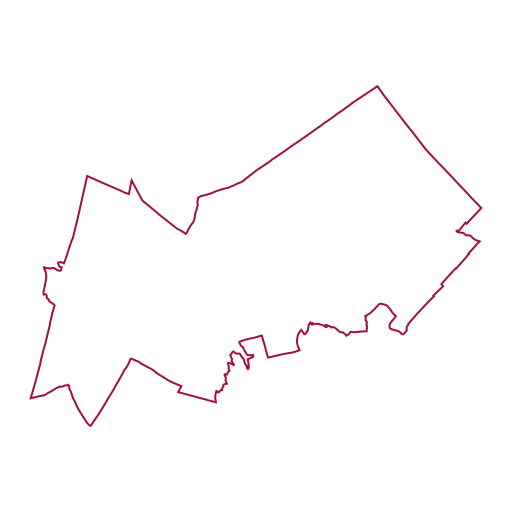 Tupilati, Iasi, Romania (Albers equal-area conic projection)
{"feature_id": "2599482B71903072457924", "entity_name": "Tupilati", "entity_type": "district", "adm_level": 2, "iso_a3": "ROU", "parent_name": "Romania", "parent_adm1": "Iasi", "projection": "albers", "projection_center": [26.646, 47.081], "detail": "fine", "context": "isolated", "style": "outline", "palette": "rose", "viewbox_px": 512, "rotation_deg": 0, "n_neighbors": 0, "source": "geoboundaries", "source_scale": "gbopen_adm2", "svg_char_len": 5987}
<svg xmlns="http://www.w3.org/2000/svg" viewBox="0 0 512 512"><path d="M178.2,392.1L215.9,402.3L215.7,401.0L215.4,399.3L215.3,397.7L215.3,395.8L215.5,394.6L216.4,391.1L217.4,391.7L217.7,392.2L218.2,392.2L218.5,392.4L220.3,390.6L221.0,390.2L222.2,390.1L222.2,388.1L222.5,387.5L223.1,387.0L223.4,386.6L223.3,385.0L223.6,384.6L224.3,384.3L225.4,383.9L226.9,383.7L226.8,383.4L226.2,382.3L225.6,380.4L225.7,379.2L225.8,377.5L224.9,375.6L224.6,375.2L224.5,374.8L224.7,374.5L225.2,374.3L225.7,374.3L226.7,374.6L227.2,374.4L227.3,374.1L227.6,372.8L227.8,372.3L228.5,371.5L229.3,371.0L228.8,369.1L228.6,366.4L228.5,365.7L228.0,363.5L228.1,363.1L228.3,362.9L229.6,362.9L230.5,363.3L233.6,365.0L233.8,365.1L233.9,364.9L233.7,364.4L232.3,362.0L231.7,360.9L231.7,360.4L231.7,360.0L232.1,359.3L231.3,357.6L230.2,355.0L231.4,353.8L232.0,352.9L232.5,352.0L232.9,351.6L233.5,351.6L234.0,351.8L234.5,352.4L235.4,353.1L236.1,353.5L236.8,353.7L238.5,353.5L239.1,353.6L239.7,353.7L240.0,354.0L242.1,357.3L243.3,358.7L243.9,359.5L244.6,362.4L245.0,363.5L246.7,366.1L246.9,366.7L246.9,367.7L247.1,368.1L247.8,368.8L248.0,369.0L248.3,368.8L248.8,367.4L248.8,366.9L248.6,365.2L248.4,362.0L247.7,359.9L247.8,359.3L249.0,358.7L252.5,357.2L253.3,356.7L253.2,355.0L251.4,355.5L250.1,355.1L248.0,355.1L247.3,354.8L246.7,354.2L244.4,350.2L242.8,347.2L241.5,346.1L240.6,345.1L239.6,343.1L239.4,341.8L245.3,339.7L251.7,338.2L253.7,337.9L261.8,335.5L265.5,348.3L266.5,352.5L268.0,357.6L277.7,355.4L281.9,354.4L285.9,353.6L290.1,352.9L292.8,352.4L295.6,351.6L299.6,350.2L297.8,346.0L296.9,341.8L297.0,339.5L297.3,338.5L297.5,336.9L298.3,334.1L299.0,332.8L299.7,331.7L300.3,331.1L301.3,329.9L303.4,332.8L303.8,333.8L304.8,334.3L305.9,333.4L306.8,331.7L307.5,331.2L307.5,330.7L308.0,329.8L308.4,327.4L308.7,324.8L309.5,323.9L310.2,322.6L310.5,322.4L311.2,323.0L311.5,323.4L311.4,323.9L311.5,324.4L312.1,324.7L312.4,324.3L312.7,323.2L313.6,323.7L314.2,323.9L317.1,323.8L319.3,324.1L320.4,324.6L321.8,324.8L323.8,325.6L325.5,326.9L326.3,327.2L326.7,327.0L327.0,326.5L326.5,325.9L325.7,325.7L325.2,325.3L325.6,325.0L326.0,324.9L329.6,326.2L331.7,327.5L332.3,327.1L332.9,327.0L335.0,327.9L336.8,329.2L339.2,331.6L341.2,332.3L342.8,332.4L344.4,333.5L346.5,335.7L347.7,334.9L349.2,333.6L350.5,331.8L353.6,332.2L356.1,332.1L361.2,331.5L366.6,331.3L366.9,328.1L366.9,325.8L366.4,325.1L366.4,324.7L366.6,324.0L366.9,322.6L366.9,322.0L365.9,320.7L365.7,320.3L365.6,319.0L365.7,317.5L365.9,317.0L365.3,316.1L365.9,315.7L367.1,315.2L369.7,313.5L371.1,312.3L374.7,308.9L378.8,304.5L379.8,303.9L380.3,303.7L381.0,303.7L385.0,304.7L386.4,305.3L387.3,306.0L389.1,307.9L391.4,311.0L392.0,312.2L394.7,315.1L395.6,315.9L396.0,316.2L391.0,322.2L390.3,323.4L390.0,323.7L389.5,325.3L389.5,326.7L389.8,327.8L390.3,328.5L391.1,329.0L392.1,329.4L393.4,329.8L395.5,330.3L399.1,331.5L401.2,333.3L401.8,334.1L402.8,334.3L403.4,334.2L406.4,331.0L406.8,330.5L406.6,328.7L406.8,326.6L408.1,325.0L408.5,324.1L408.3,323.7L410.7,321.1L418.2,312.6L429.5,300.6L434.0,296.3L433.4,295.6L443.1,286.2L441.4,284.1L449.1,275.4L455.8,268.3L456.2,268.5L468.9,254.1L468.4,253.6L474.3,247.1L476.7,244.3L477.4,243.4L477.7,243.3L479.7,241.4L476.1,240.2L473.7,238.9L470.9,236.1L469.9,235.6L468.5,235.2L466.8,235.4L466.0,235.2L465.2,234.6L464.8,234.2L463.6,233.2L462.8,232.9L458.0,232.3L456.6,231.2L456.6,230.7L457.5,230.7L457.7,231.0L458.1,231.2L458.6,231.1L465.5,222.6L466.6,223.7L481.3,208.0L470.3,196.7L470.2,196.4L466.2,192.1L461.0,186.7L444.4,169.0L438.2,162.7L429.2,153.1L425.5,149.0L412.5,132.1L406.4,124.5L383.9,95.4L380.8,91.0L377.5,86.2L354.0,101.8L340.9,111.5L339.1,112.5L337.6,113.6L331.3,118.4L325.4,122.3L323.5,123.8L322.3,124.5L320.1,126.4L318.7,127.1L312.4,131.7L297.7,142.0L294.1,144.4L291.8,145.9L288.9,148.0L281.6,153.1L274.4,158.1L272.6,159.1L270.9,160.6L268.7,162.2L262.6,166.3L256.2,170.6L246.2,178.4L244.9,179.4L243.7,180.6L243.0,180.9L242.7,181.4L235.7,184.4L234.2,185.2L232.7,185.9L232.1,186.1L229.4,187.2L228.9,187.6L222.5,189.1L216.1,191.2L211.4,193.2L207.0,194.6L201.4,195.9L200.5,196.2L199.5,197.0L198.4,197.6L197.9,198.0L197.9,199.0L197.4,201.7L197.7,205.6L197.4,206.3L196.2,210.9L195.7,212.0L195.1,214.6L194.6,218.2L193.8,220.9L192.5,223.2L190.3,225.9L186.2,233.8L185.5,233.7L185.4,233.5L180.3,230.3L177.2,228.7L175.1,227.1L159.2,214.6L157.4,213.0L151.1,207.7L143.5,201.5L142.4,200.5L141.9,199.7L139.6,195.3L136.9,190.3L131.6,180.3L128.9,194.0L125.2,192.8L119.4,190.1L101.5,182.4L87.2,176.0L78.9,213.0L72.9,238.1L71.7,240.5L67.9,251.7L66.9,255.1L64.9,261.0L63.9,263.3L63.2,262.8L62.6,262.7L61.7,262.6L61.0,262.0L58.3,262.5L58.1,263.4L58.8,265.3L59.6,266.8L61.7,267.2L61.7,267.5L61.4,268.8L61.0,269.8L60.5,270.5L60.0,270.9L58.5,270.3L57.7,270.4L57.2,270.2L54.6,268.4L53.8,268.0L53.1,267.9L51.8,268.0L51.1,268.4L50.4,268.6L48.6,268.2L47.1,268.3L46.0,268.1L45.2,267.9L44.6,267.3L44.2,267.1L43.9,267.4L44.3,268.9L45.5,271.3L45.8,272.4L45.9,273.7L46.0,274.7L46.3,275.5L46.3,277.2L46.1,278.6L46.0,280.0L45.8,281.0L45.2,283.5L44.8,286.1L43.5,291.9L43.4,293.6L43.7,294.6L44.0,294.5L44.3,294.2L45.5,294.3L46.2,294.7L46.7,295.5L46.7,295.8L46.6,296.7L47.1,298.4L47.4,298.6L48.3,298.9L48.5,299.1L48.8,300.5L49.4,301.2L53.2,304.0L54.2,304.6L54.6,305.4L52.5,312.4L50.1,322.7L49.8,325.2L46.3,339.4L45.7,342.4L43.0,351.6L41.9,356.6L41.3,358.4L40.4,362.2L40.6,362.6L40.3,363.8L38.1,371.8L35.8,380.6L30.7,398.3L37.6,396.6L42.0,395.7L44.4,395.1L46.0,394.4L47.4,393.3L50.7,391.6L56.6,388.0L57.7,387.5L58.7,387.2L59.3,387.2L59.8,386.5L61.4,386.7L62.0,386.7L64.3,385.6L67.7,385.2L68.3,384.8L69.2,386.7L69.3,388.1L71.4,393.2L72.8,397.5L73.3,398.7L74.7,401.2L76.1,404.5L78.7,409.7L82.4,415.7L87.0,422.8L89.3,425.3L90.0,425.7L90.7,425.8L99.5,412.8L102.6,407.9L108.8,397.3L112.2,391.9L123.2,372.5L124.8,369.4L125.8,368.3L127.0,366.4L127.4,365.9L130.7,358.8L131.0,358.5L135.3,360.4L139.0,361.9L141.0,363.5L152.0,369.4L154.1,370.9L157.7,373.8L165.3,378.4L167.8,380.1L173.7,383.0L181.4,386.2L178.8,390.9L178.2,392.1Z" fill="none" stroke="#9f1239" stroke-width="2"/></svg>